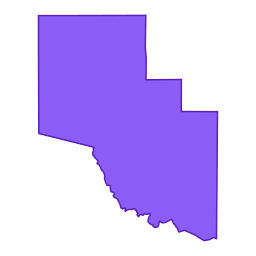 Iron, Wisconsin, United States of America (Equal Earth projection), rotated 180°
{"feature_id": "52423323B77086831692435", "entity_name": "Iron", "entity_type": "district", "adm_level": 2, "iso_a3": "USA", "parent_name": "United States of America", "parent_adm1": "Wisconsin", "projection": "equal_earth", "projection_center": [-90.252, 46.285], "detail": "fine", "context": "isolated", "style": "filled", "palette": "violet", "viewbox_px": 256, "rotation_deg": 180, "n_neighbors": 0, "source": "geoboundaries", "source_scale": "gbopen_adm2", "svg_char_len": 1894}
<svg xmlns="http://www.w3.org/2000/svg" viewBox="0 0 256 256"><g transform="rotate(180 128 128)"><path d="M184.4,240.4L217.5,240.4L217.5,208.0L217.2,122.5L162.3,108.8L162.1,108.7L162.1,108.3L162.1,108.1L162.6,107.7L162.8,106.8L162.6,106.1L162.4,105.8L162.3,105.3L162.5,104.5L163.2,104.1L163.4,103.7L163.3,102.0L162.8,100.5L162.5,100.3L162.2,100.3L161.8,100.2L161.6,99.8L161.7,99.3L161.6,98.9L160.6,97.7L159.3,96.8L158.5,95.8L158.2,94.7L158.9,92.4L158.4,92.0L158.1,92.0L156.9,91.0L155.5,89.0L154.7,86.5L154.3,85.7L153.0,84.9L151.6,82.0L151.3,80.3L151.5,77.9L151.4,77.0L150.0,72.6L149.1,71.5L149.0,70.9L149.0,70.7L146.8,70.8L145.8,70.4L145.5,65.8L145.1,64.4L142.6,63.6L142.2,63.2L141.4,62.1L141.8,61.2L142.5,60.7L142.8,60.2L142.7,59.9L141.4,58.6L139.0,57.3L138.4,56.5L136.1,52.0L135.2,49.1L135.2,48.5L134.7,47.8L133.6,47.2L133.1,47.2L131.3,47.9L130.8,47.8L130.6,47.2L130.6,46.7L131.1,45.5L130.8,44.9L130.5,44.8L129.1,45.8L127.1,46.5L126.3,46.7L125.7,46.5L123.1,46.7L122.7,47.2L122.2,47.4L121.5,47.4L120.8,47.0L120.8,46.6L120.8,46.2L120.5,45.7L119.9,45.8L119.4,45.7L119.3,45.4L119.3,44.9L119.3,44.5L119.3,44.1L118.1,42.8L118.9,41.2L118.7,40.7L117.4,39.4L117.1,39.6L116.9,40.2L115.6,41.5L115.0,41.5L112.9,40.7L112.5,41.1L112.5,41.5L111.4,41.9L109.9,42.0L109.0,41.6L108.7,41.7L107.3,42.1L106.9,42.5L106.0,42.1L105.8,40.5L106.7,39.7L107.5,37.9L107.9,34.8L107.8,33.9L105.0,31.4L103.8,31.6L103.2,31.4L102.8,30.7L103.0,29.9L101.7,28.8L100.3,28.5L98.2,29.2L97.3,31.1L96.7,34.4L96.5,34.7L96.1,34.8L95.5,34.6L94.9,33.6L94.6,33.5L94.4,33.6L93.2,33.1L90.8,33.5L89.6,34.0L85.9,36.0L84.2,36.4L83.6,35.9L83.5,35.0L82.6,32.7L82.2,32.1L81.7,32.1L80.7,30.9L80.0,29.2L78.1,27.3L77.8,25.1L77.1,24.0L71.5,25.7L61.2,21.1L52.0,15.4L46.4,16.4L42.8,18.5L39.5,17.4L38.5,144.3L74.7,144.5L74.6,176.5L110.0,176.2L109.8,197.8L110.7,208.5L110.2,240.6L184.4,240.4Z" fill="#8b5cf6" stroke="#5b21b6" stroke-width="1.5"/></g></svg>